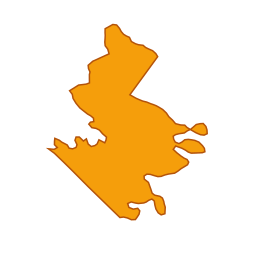 Coronel Barros, Rio Grande do Sul, Brazil, rotated 136°
{"feature_id": "56859067B68301382836853", "entity_name": "Coronel Barros", "entity_type": "district", "adm_level": 2, "iso_a3": "BRA", "parent_name": "Brazil", "parent_adm1": "Rio Grande do Sul", "projection": "natural_earth1", "projection_center": [-54.066, -28.404], "detail": "fine", "context": "isolated", "style": "filled", "palette": "amber", "viewbox_px": 256, "rotation_deg": 136, "n_neighbors": 0, "source": "geoboundaries", "source_scale": "gbopen_adm2", "svg_char_len": 2291}
<svg xmlns="http://www.w3.org/2000/svg" viewBox="0 0 256 256"><g transform="rotate(136 128 128)"><path d="M199.7,168.3L198.5,161.0L198.0,147.8L197.7,135.4L197.4,113.6L197.2,107.3L196.0,69.2L193.1,67.1L190.9,63.7L189.3,59.7L186.3,57.0L183.4,57.5L180.0,58.3L177.1,60.2L176.8,63.5L180.6,66.0L182.5,70.2L180.7,73.9L177.1,72.6L174.8,68.9L173.0,66.5L168.7,63.1L166.4,62.1L163.3,61.6L160.2,60.3L159.8,57.3L162.3,53.7L164.2,50.3L165.2,46.0L164.5,42.5L161.0,40.7L156.2,45.2L154.7,48.2L153.2,50.5L151.9,53.7L152.5,56.7L155.5,61.2L155.9,64.4L154.0,68.3L151.1,74.7L151.8,79.9L149.8,82.3L146.5,81.7L144.2,79.2L142.3,75.7L140.3,72.3L137.8,70.2L134.3,68.7L130.8,66.7L125.8,63.1L122.1,62.3L118.1,61.9L113.4,60.8L110.7,60.2L108.0,61.3L107.4,64.3L108.6,67.4L109.4,71.2L110.1,76.3L110.3,81.2L106.2,81.9L103.3,76.0L102.0,72.0L101.4,68.9L100.0,66.0L96.8,63.1L91.7,58.6L89.2,57.5L87.2,60.3L86.7,63.5L86.8,68.6L88.5,72.6L90.5,75.4L92.6,78.0L95.3,80.1L98.9,80.4L102.2,81.4L103.8,85.0L103.0,88.1L101.2,90.7L98.4,90.2L95.2,88.4L90.9,85.3L87.1,84.7L84.2,83.6L85.2,87.5L85.2,90.6L88.0,93.6L90.8,98.1L90.5,102.8L90.8,107.8L90.0,112.0L90.2,117.2L91.2,121.0L92.2,124.3L93.5,127.2L94.8,129.7L96.5,133.6L98.8,137.3L100.4,141.0L101.6,143.9L102.6,147.3L103.6,150.6L57.1,158.7L56.3,162.2L56.6,166.5L58.4,170.9L59.4,173.7L59.7,177.0L62.6,180.6L64.1,183.4L65.5,187.8L64.0,192.2L65.3,195.4L66.1,198.5L65.9,202.0L64.9,205.6L64.6,210.0L67.0,213.0L75.5,215.3L78.3,212.5L80.0,210.5L82.1,208.5L85.0,205.9L87.3,203.0L87.8,198.8L90.1,194.5L107.0,200.5L113.1,200.8L115.2,198.1L116.4,194.7L118.6,193.3L121.1,190.7L124.4,187.2L127.6,188.6L133.7,193.2L144.1,195.4L144.7,190.9L147.0,187.4L148.2,182.0L148.7,175.9L148.0,170.6L147.4,166.2L146.4,162.8L146.0,159.1L148.2,156.4L151.0,158.3L153.5,158.0L153.8,153.4L151.2,149.8L150.0,146.3L150.3,141.5L149.8,136.4L152.2,134.6L155.0,133.5L157.1,139.7L161.2,138.0L163.9,138.3L167.3,140.2L167.8,144.1L165.5,149.1L169.1,149.6L169.3,155.3L171.6,157.6L174.7,156.0L176.3,151.4L178.9,150.1L182.3,151.5L184.4,154.4L183.5,158.0L185.5,163.9L185.9,166.9L187.8,171.4L190.0,169.6L192.5,167.1L192.4,163.1L195.9,163.9L199.7,168.3ZM70.8,79.0L73.1,81.0L76.5,83.1L80.5,83.3L84.2,83.6L82.4,77.3L80.5,72.8L78.2,70.0L75.0,68.9L72.5,71.8L70.9,75.0L70.8,79.0Z" fill="#f59e0b" stroke="#b45309" stroke-width="1.5"/></g></svg>